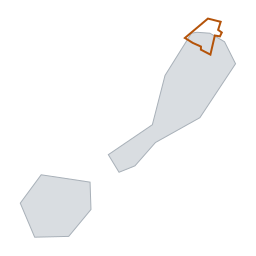 Saint Anne Sandy Point on a map of Saint Kitts and Nevis (Albers equal-area conic projection), rotated 91°
{"feature_id": "KNA-5100", "entity_name": "Saint Anne Sandy Point", "entity_type": "Parish", "adm_level": 1, "iso_a3": "KNA", "parent_name": "Saint Kitts and Nevis", "parent_adm1": "", "projection": "albers", "projection_center": [-62.834, 17.356], "detail": "fine", "context": "in_parent", "style": "outline", "palette": "amber", "viewbox_px": 256, "rotation_deg": 91, "n_neighbors": 0, "source": "natural_earth", "source_scale": "10m", "svg_char_len": 575}
<svg xmlns="http://www.w3.org/2000/svg" viewBox="0 0 256 256"><g transform="rotate(91 128 128)"><path d="M172.4,136.2L155.0,147.2L124.3,103.7L74.8,91.9L32.1,66.2L31.1,60.7L31.8,47.8L40.1,33.0L61.9,21.6L116.4,56.3L142.0,100.3L165.7,120.4L172.4,136.2ZM238.8,219.4L205.0,234.4L176.3,214.0L182.8,165.0L210.1,163.6L237.4,185.4L238.8,219.4Z" fill="#d9dde1" stroke="#a8b0b8" stroke-width="1"/><path d="M37.0,72.7L17.2,50.0L20.2,37.2L28.3,39.6L30.9,35.9L34.8,37.7L34.0,42.8L53.2,46.9L48.4,56.5L45.3,56.5L41.8,64.7L37.0,72.7Z" fill="none" stroke="#b45309" stroke-width="2"/></g></svg>